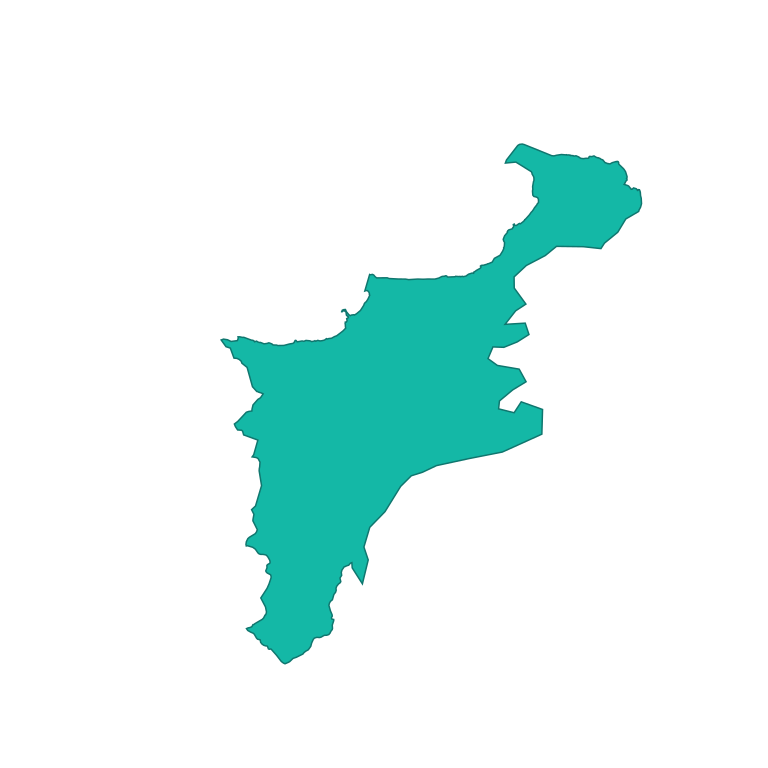 Sekondi Takoradi Metropolis, Western, Ghana (Robinson projection), rotated 203°
{"feature_id": "2480657B3368374944964", "entity_name": "Sekondi Takoradi Metropolis", "entity_type": "district", "adm_level": 2, "iso_a3": "GHA", "parent_name": "Ghana", "parent_adm1": "Western", "projection": "robinson", "projection_center": [-1.732, 4.961], "detail": "fine", "context": "isolated", "style": "filled", "palette": "teal", "viewbox_px": 768, "rotation_deg": 203, "n_neighbors": 0, "source": "geoboundaries", "source_scale": "gbopen_adm2", "svg_char_len": 6151}
<svg xmlns="http://www.w3.org/2000/svg" viewBox="0 0 768 768"><g transform="rotate(203 384 384)"><path d="M415.0,105.1L413.1,103.9L409.7,103.5L407.3,103.5L405.8,103.1L402.1,100.3L400.7,99.7L398.0,100.1L396.6,98.0L394.6,96.9L392.5,96.5L390.5,96.7L389.5,97.1L388.7,96.9L386.9,95.0L386.0,95.0L385.0,95.7L384.2,95.8L376.9,92.3L370.2,88.5L368.4,88.0L367.1,87.8L365.8,87.8L363.1,90.6L362.3,91.7L360.5,95.9L357.9,98.2L353.1,103.8L352.7,105.5L351.6,107.5L349.8,109.8L348.9,113.9L349.4,117.4L349.3,121.3L348.8,122.9L346.8,124.6L344.3,125.4L343.1,126.3L340.8,129.3L338.5,130.4L336.9,131.8L336.3,133.8L336.3,135.5L335.7,137.7L335.9,138.9L337.4,141.8L337.8,146.5L338.3,147.6L340.1,147.2L340.9,148.1L341.1,148.9L340.9,150.1L341.7,151.4L344.7,154.3L348.3,158.8L348.6,161.3L348.3,163.1L347.2,165.2L347.9,170.7L347.2,173.3L347.4,175.4L348.4,177.3L348.5,179.3L347.7,182.3L347.0,183.2L346.6,184.5L346.6,185.3L348.5,187.8L348.7,188.5L348.2,191.3L349.7,193.9L350.0,196.4L349.2,200.2L348.4,200.8L347.3,202.1L345.7,203.4L344.9,205.9L343.8,207.0L341.4,202.3L325.8,191.6L329.8,215.9L338.8,226.1L341.1,246.5L333.2,266.9L328.7,296.2L323.0,310.2L314.0,317.9L303.8,329.4L276.7,348.5L248.5,367.6L219.1,399.5L228.1,422.5L250.7,421.2L253.0,408.4L268.8,405.9L271.1,413.5L263.2,428.9L254.1,441.6L265.4,450.5L286.9,445.4L298.2,448.0L298.2,460.7L288.0,464.6L277.8,474.8L269.9,486.2L277.8,495.2L295.9,486.2L291.4,502.8L284.6,513.0L301.6,523.2L306.1,533.4L299.3,548.7L285.7,565.3L279.0,578.1L254.1,588.3L237.2,593.4L236.1,599.8L228.1,615.1L225.9,630.4L217.1,642.2L217.0,642.6L217.2,643.8L216.9,646.9L217.4,650.6L219.8,655.5L221.4,657.6L223.0,660.7L224.1,662.0L224.8,662.6L225.8,662.3L225.9,661.5L226.3,661.2L226.8,661.7L228.1,662.3L230.9,662.0L231.6,660.4L232.5,659.8L233.4,660.5L233.7,660.5L236.1,661.8L237.2,661.9L240.9,661.6L240.7,662.3L240.8,663.1L240.6,663.5L240.7,663.8L240.5,665.7L240.0,666.5L240.4,667.6L241.1,668.0L240.9,668.7L241.3,669.9L244.6,673.8L246.2,674.9L247.5,675.7L253.8,678.1L254.6,679.6L255.2,680.1L255.9,680.2L256.8,679.5L257.1,679.6L260.4,676.9L262.0,674.9L263.8,674.4L264.1,674.5L264.5,674.2L266.4,674.3L266.9,674.1L270.2,675.8L272.3,675.7L273.1,676.0L275.1,676.0L275.3,675.8L277.4,675.6L279.8,676.0L281.6,674.5L283.6,673.9L284.0,673.2L283.9,671.9L284.7,671.3L286.3,670.7L288.6,669.3L291.2,668.6L292.5,668.9L292.9,668.8L293.3,669.1L296.4,669.1L297.9,668.2L298.9,667.9L299.1,668.1L301.0,667.5L301.3,667.2L301.9,667.1L302.3,667.4L302.5,667.1L303.3,667.1L305.5,666.1L305.7,666.3L306.3,665.9L310.3,664.6L314.7,661.9L316.6,660.4L318.8,659.7L348.4,659.2L350.5,658.9L352.9,657.5L354.1,655.8L358.8,638.0L358.6,634.8L349.3,639.8L331.4,637.0L330.3,636.1L329.7,635.1L327.4,633.4L326.5,632.3L326.1,631.2L325.5,630.2L325.5,628.8L324.3,623.7L323.0,621.2L323.0,620.6L322.5,619.2L320.8,616.0L319.3,615.2L316.9,615.6L315.3,615.5L314.0,614.3L312.7,611.4L313.3,609.8L313.3,608.7L314.4,604.8L314.5,603.5L315.1,600.7L315.6,599.6L316.3,596.4L318.2,590.9L318.7,590.2L318.6,589.5L319.5,587.5L321.0,584.8L321.9,584.8L322.5,584.2L324.1,581.7L325.6,581.1L326.6,582.1L327.3,581.3L326.4,580.0L326.1,578.6L326.5,578.2L326.7,576.8L329.3,574.7L329.9,573.5L330.0,572.3L329.6,571.8L330.9,567.6L330.8,563.8L329.7,562.4L328.4,561.5L327.7,559.6L327.0,557.5L327.1,556.1L326.7,555.7L326.7,552.7L327.5,547.8L331.5,542.8L332.0,538.5L334.7,535.7L335.6,535.1L336.4,534.1L337.6,533.3L338.2,532.6L340.8,531.2L341.3,530.2L340.5,529.8L340.4,528.9L340.8,527.9L343.4,524.6L344.0,523.4L345.0,522.2L344.8,520.9L346.2,520.6L349.1,518.1L350.8,515.3L353.1,513.7L353.8,513.8L354.6,513.2L355.1,513.1L355.6,512.6L356.2,512.7L356.9,512.2L360.2,511.1L360.5,510.5L367.0,507.4L367.6,507.4L368.5,507.9L369.3,507.8L370.0,507.4L370.3,506.8L371.8,506.2L372.9,505.4L374.9,503.0L378.1,500.5L385.0,497.6L388.7,495.8L393.9,493.8L402.1,489.7L405.1,489.0L412.2,486.1L420.5,483.1L422.6,483.0L432.2,478.8L434.1,479.3L436.0,480.3L437.4,480.4L439.6,479.0L440.0,479.1L438.0,462.1L437.0,463.0L435.7,463.5L433.7,462.6L432.9,461.8L432.7,461.0L431.8,460.1L432.0,455.6L432.5,452.8L433.1,451.8L433.5,450.4L433.4,448.4L434.4,442.5L436.7,438.0L438.2,435.9L438.8,436.0L441.0,434.7L441.6,433.8L443.3,434.0L446.9,435.9L448.6,437.5L449.9,436.9L451.2,435.7L451.2,434.0L450.9,434.0L449.6,436.1L446.8,435.2L446.2,433.7L445.3,432.5L443.1,431.9L442.8,431.1L443.9,429.6L442.7,427.9L442.9,426.2L443.8,425.9L443.4,424.4L442.7,423.4L442.2,422.2L441.1,420.4L442.6,416.6L446.4,409.9L448.1,408.3L450.2,405.6L452.4,404.4L453.9,403.2L454.7,403.3L455.9,401.2L458.2,399.5L459.8,398.6L462.0,398.3L463.6,396.7L464.5,396.9L465.2,396.1L467.1,394.8L469.1,394.8L472.9,393.6L474.4,392.0L476.2,391.6L480.4,388.9L482.1,389.7L482.7,389.5L483.0,388.3L482.8,387.3L483.6,385.9L486.8,383.8L491.2,380.4L496.8,377.9L497.9,377.9L501.1,376.7L502.0,376.7L502.7,377.1L505.6,377.0L506.6,376.6L507.1,375.9L510.1,374.1L514.0,374.0L515.0,373.5L516.6,373.4L518.0,373.7L519.7,372.3L520.8,373.0L522.2,372.9L523.0,372.6L531.3,372.2L532.5,371.6L535.1,371.1L536.8,370.4L536.2,369.5L535.9,367.8L536.0,366.6L541.4,363.4L545.3,363.6L549.3,362.6L551.1,360.9L544.0,356.6L539.5,357.0L532.2,349.2L529.4,350.1L526.8,350.0L524.4,349.2L522.9,347.6L516.5,345.8L504.0,330.1L498.2,327.4L497.9,327.6L496.2,327.5L493.3,327.8L491.4,327.7L492.3,323.1L494.1,320.5L496.4,313.6L495.7,309.5L495.1,307.5L497.8,305.9L499.7,304.2L504.0,292.4L506.1,288.7L504.1,286.7L500.8,284.5L497.0,285.8L495.7,285.3L493.3,282.3L478.2,283.1L476.3,268.0L476.9,265.4L472.8,266.4L470.8,266.2L467.6,263.6L466.1,259.2L465.7,257.3L465.0,255.3L457.0,242.6L454.6,221.5L456.8,216.6L452.8,213.2L451.7,208.2L451.2,206.8L443.7,200.4L443.6,197.7L444.1,195.8L448.0,190.4L448.9,188.5L449.1,185.1L448.4,182.4L447.5,181.1L446.4,181.8L441.0,182.4L437.9,181.7L433.9,179.2L432.5,178.8L430.9,179.0L428.7,179.9L426.1,180.5L424.8,180.2L423.3,179.4L420.3,177.1L419.2,175.5L419.1,174.3L420.7,172.2L420.9,171.2L419.9,169.1L419.8,165.8L419.2,165.1L417.7,164.4L413.9,164.1L412.9,163.0L412.2,161.4L411.7,154.9L411.8,150.2L413.8,138.9L406.0,132.5L403.2,128.4L402.8,126.9L402.8,125.2L403.2,124.8L403.4,121.6L404.1,119.8L409.2,113.0L409.6,112.0L410.6,111.3L410.8,109.0L412.2,107.5L413.8,106.4L415.0,105.1Z" fill="#14b8a6" stroke="#0f766e" stroke-width="1.5"/></g></svg>